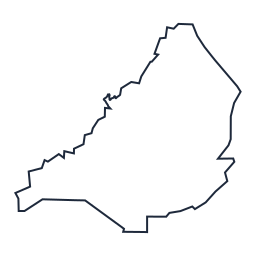 the district of Blount, Alabama, United States of America
{"feature_id": "52423323B18752105909631", "entity_name": "Blount", "entity_type": "district", "adm_level": 2, "iso_a3": "USA", "parent_name": "United States of America", "parent_adm1": "Alabama", "projection": "natural_earth1", "projection_center": [-86.638, 34.013], "detail": "fine", "context": "isolated", "style": "outline", "palette": "slate", "viewbox_px": 256, "rotation_deg": 0, "n_neighbors": 0, "source": "geoboundaries", "source_scale": "gbopen_adm2", "svg_char_len": 1480}
<svg xmlns="http://www.w3.org/2000/svg" viewBox="0 0 256 256"><path d="M15.4,193.0L18.4,198.6L18.7,211.0L24.5,211.0L42.5,199.3L75.1,200.2L85.1,200.4L124.0,228.8L123.2,231.8L143.5,232.0L147.1,232.1L147.1,216.6L166.2,216.7L169.4,212.9L180.4,211.1L192.3,206.5L194.9,209.1L205.7,202.4L215.5,191.5L227.3,181.1L225.0,172.5L234.3,161.8L233.2,158.5L218.0,158.7L228.5,145.3L230.7,139.2L230.8,116.3L234.1,103.0L240.6,91.7L237.2,86.3L215.1,60.3L212.2,56.7L204.6,47.1L201.9,43.0L197.2,35.8L192.6,24.4L189.6,24.3L178.4,23.9L173.7,28.7L167.1,27.3L165.6,37.8L160.1,38.3L154.5,53.8L158.1,54.6L151.8,61.7L150.4,61.8L141.3,76.4L139.1,83.3L131.2,82.0L121.2,88.3L120.1,94.8L119.4,95.5L118.9,95.8L117.5,96.8L116.7,97.4L116.3,97.9L115.9,98.2L115.6,98.1L115.4,97.8L115.5,97.3L115.3,96.7L115.1,96.4L114.7,96.2L114.4,96.3L114.2,96.5L113.7,97.5L113.1,97.9L111.8,98.3L111.2,98.7L110.4,99.8L109.9,99.9L109.7,99.7L109.5,99.4L109.5,98.0L109.2,97.1L109.2,96.7L109.5,95.9L109.6,95.2L109.5,94.8L109.3,94.4L109.0,94.5L108.3,94.4L107.9,94.5L107.7,95.2L107.2,96.2L106.9,96.7L106.0,97.6L104.5,98.5L103.9,99.1L103.8,99.3L103.8,99.5L104.0,99.8L104.6,100.4L105.1,100.8L105.8,101.8L106.4,103.0L107.0,103.8L107.6,104.7L107.8,105.0L108.1,106.0L108.5,106.5L110.3,108.5L105.0,107.9L104.8,116.7L98.3,119.9L92.8,128.3L91.5,133.2L84.8,135.1L83.5,144.2L74.0,148.7L73.9,153.4L64.3,151.2L63.9,157.9L58.8,154.1L47.9,161.6L44.6,160.1L41.8,168.1L28.7,171.5L30.1,186.6L15.4,193.0Z" fill="none" stroke="#1e293b" stroke-width="2"/></svg>